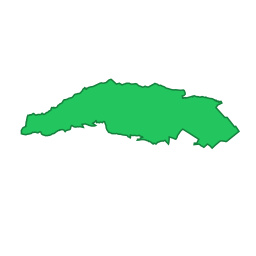 Cricau, Alba, Romania (Natural Earth projection), rotated 334°
{"feature_id": "2599482B70766951502977", "entity_name": "Cricau", "entity_type": "district", "adm_level": 2, "iso_a3": "ROU", "parent_name": "Romania", "parent_adm1": "Alba", "projection": "natural_earth1", "projection_center": [23.516, 46.19], "detail": "fine", "context": "isolated", "style": "filled", "palette": "green", "viewbox_px": 256, "rotation_deg": 334, "n_neighbors": 0, "source": "geoboundaries", "source_scale": "gbopen_adm2", "svg_char_len": 5747}
<svg xmlns="http://www.w3.org/2000/svg" viewBox="0 0 256 256"><g transform="rotate(334 128 128)"><path d="M48.6,73.5L47.0,73.8L46.3,73.5L46.3,73.4L45.4,73.1L45.2,73.3L44.7,73.1L44.3,73.2L43.6,72.7L42.0,74.2L41.8,74.7L40.6,76.1L40.6,76.5L39.8,77.2L39.8,77.4L39.2,77.9L39.2,78.3L38.6,78.7L38.5,79.1L37.9,79.9L37.9,80.4L37.7,80.6L37.2,80.9L37.0,81.3L37.0,81.6L36.8,81.8L36.5,81.9L35.2,81.7L33.8,81.8L33.2,82.0L31.3,83.3L30.8,83.8L30.4,85.1L30.0,85.6L29.7,86.4L30.6,87.2L30.9,87.7L31.9,88.2L32.6,88.9L33.8,89.4L34.6,89.4L36.4,90.0L37.6,90.2L38.7,90.5L39.0,90.5L40.2,90.0L41.2,90.6L41.8,90.8L42.6,90.9L42.9,91.1L44.3,92.5L44.8,92.8L45.2,92.9L47.0,92.7L47.4,92.9L47.7,93.1L47.9,93.7L47.7,95.1L47.8,95.7L48.4,96.7L48.9,97.0L49.2,97.5L49.7,97.8L50.4,98.7L50.9,98.8L52.6,99.7L53.3,99.7L54.2,100.1L56.1,100.3L57.6,100.0L58.6,100.4L59.1,100.5L59.9,100.4L61.0,100.1L63.0,99.9L63.3,99.7L64.6,99.8L64.9,100.0L65.2,99.8L65.6,100.0L65.9,99.8L66.2,100.1L66.5,100.0L67.2,100.2L67.5,100.4L68.6,100.8L68.8,101.0L69.5,101.7L69.6,102.7L69.9,103.7L71.0,103.2L72.9,103.4L74.9,103.9L75.8,103.6L77.4,101.6L78.5,101.1L78.8,101.4L80.1,103.4L80.4,103.5L80.9,103.9L81.5,104.3L83.2,104.7L84.0,105.3L85.3,105.6L88.2,107.9L88.3,104.6L91.2,105.5L93.3,107.4L93.8,108.2L96.4,110.4L99.0,111.5L100.1,111.6L98.3,108.3L99.8,108.1L101.3,108.0L101.8,107.7L102.0,107.5L102.4,107.3L102.5,107.3L102.6,107.7L102.4,108.6L102.2,109.2L102.3,109.6L103.2,109.6L103.4,109.7L103.7,109.9L104.0,110.3L104.4,110.7L104.7,110.8L104.9,110.8L105.1,110.5L105.8,110.5L106.1,110.7L107.0,111.6L107.2,112.0L109.1,111.5L109.6,112.0L109.7,112.5L109.4,114.0L109.4,115.5L108.9,117.3L108.5,118.2L108.4,118.7L108.3,120.9L108.5,121.4L108.6,122.8L108.7,123.3L109.0,123.7L109.4,123.9L110.5,125.0L110.7,125.6L111.3,126.1L114.2,127.6L115.5,128.0L116.5,129.2L118.1,130.2L119.2,130.7L119.6,131.4L120.3,131.9L123.1,133.7L123.7,134.2L124.1,134.6L124.2,135.8L124.4,136.1L124.7,136.4L125.0,136.5L125.4,137.2L125.5,137.6L125.8,137.9L126.1,137.5L126.7,136.2L126.9,135.4L127.3,135.5L127.9,136.2L129.5,137.1L130.3,137.3L131.1,137.7L131.8,138.4L133.3,139.2L134.1,139.4L134.6,139.4L134.9,139.5L135.2,140.3L136.9,142.1L137.1,142.5L137.1,142.8L136.2,142.5L134.7,142.5L134.7,143.0L134.2,143.2L133.4,143.2L132.8,143.0L132.0,142.3L131.8,142.3L131.8,142.5L131.6,142.7L131.1,143.0L132.7,143.7L133.8,143.9L136.1,144.8L137.4,145.6L138.5,146.4L139.5,147.6L140.7,148.6L140.7,149.2L141.6,149.7L142.3,150.5L142.7,151.8L143.1,152.2L143.2,152.7L143.6,153.4L143.8,153.4L144.2,153.0L145.3,153.7L145.9,154.5L146.2,154.7L147.3,154.3L147.6,154.0L148.9,153.9L149.4,154.1L151.8,154.2L152.9,154.7L153.6,154.9L154.1,155.3L155.9,155.3L156.1,155.7L156.1,156.4L156.6,158.0L156.9,158.7L157.1,159.2L157.1,159.7L157.3,160.2L158.3,159.0L159.8,156.6L161.1,154.1L164.1,156.9L165.6,158.7L166.1,159.0L166.7,158.7L168.1,157.7L169.0,156.7L169.9,156.0L171.1,155.4L173.9,153.8L176.7,153.0L180.5,159.0L184.6,165.8L185.4,167.0L186.6,169.2L183.1,171.8L181.0,170.7L180.1,171.9L182.9,172.9L184.2,173.4L184.6,173.7L185.3,174.4L185.8,175.8L187.0,177.4L187.7,178.6L192.3,177.3L193.5,179.2L193.8,179.8L194.8,183.0L198.8,181.7L204.8,180.2L205.8,180.3L206.5,180.6L209.3,182.4L210.0,183.1L210.7,183.3L226.3,179.7L225.5,173.7L224.2,173.6L221.7,161.9L219.6,160.9L216.0,148.2L218.4,146.9L218.4,146.7L223.3,146.7L223.3,145.0L223.1,145.0L222.7,144.8L222.3,144.8L222.2,144.6L222.2,144.4L221.1,144.7L221.1,144.4L220.7,144.3L220.9,143.4L220.7,143.2L220.4,143.1L220.2,143.4L219.7,142.8L219.5,142.2L219.2,142.6L219.0,142.4L218.9,141.8L218.3,141.4L218.5,141.1L218.3,140.7L218.0,140.6L217.1,139.3L216.3,138.4L214.3,137.2L213.2,136.2L212.2,135.5L211.7,134.8L211.6,134.4L211.4,134.3L210.7,134.4L210.0,133.8L209.8,133.7L209.1,133.0L209.1,132.8L208.3,132.2L207.6,132.2L207.2,132.0L206.9,132.2L205.9,131.7L205.3,131.0L204.9,130.7L204.7,130.5L204.3,130.3L204.0,130.4L203.5,130.1L203.3,129.8L203.0,129.5L202.7,129.1L201.8,128.5L201.7,128.1L201.0,128.0L200.4,128.2L200.2,127.9L199.8,128.2L199.6,127.7L199.3,127.6L198.3,127.5L195.3,126.9L195.1,127.0L194.9,126.8L194.1,126.7L193.3,126.2L193.0,126.3L192.9,126.3L192.9,126.0L192.5,126.0L192.1,125.6L191.6,125.4L190.9,125.4L190.9,125.1L190.2,125.0L190.5,123.9L191.0,122.9L191.8,123.3L192.5,123.3L194.2,122.7L194.7,121.5L194.9,119.7L194.9,119.0L194.4,118.5L194.5,118.2L191.6,117.1L187.7,114.6L187.1,114.3L186.5,114.2L184.6,113.1L182.7,111.5L181.1,109.9L180.1,109.3L179.6,108.6L178.9,107.3L178.3,106.5L177.3,105.6L176.1,103.9L174.2,103.2L173.8,101.8L172.3,100.4L171.7,99.7L169.9,99.9L168.5,99.9L164.4,100.1L164.1,100.1L162.7,99.1L161.7,97.9L160.3,98.0L159.0,97.7L157.5,95.9L156.3,94.9L155.9,94.1L155.2,92.3L154.3,91.5L151.7,90.7L149.7,89.7L148.8,88.4L145.9,87.0L145.6,87.1L145.1,87.1L143.1,86.7L142.1,86.7L141.8,86.7L141.3,86.4L141.0,86.0L141.0,85.6L140.4,85.0L139.9,84.0L136.8,83.4L134.6,77.8L134.1,76.8L132.6,76.6L131.7,76.6L129.1,77.3L128.9,77.6L127.4,77.4L125.1,76.8L123.9,75.8L122.6,75.5L114.6,75.4L112.5,74.7L110.2,74.3L108.8,74.5L107.8,74.9L107.0,74.3L106.7,73.9L107.2,73.6L106.8,73.4L106.9,73.0L106.8,72.8L106.4,73.0L104.6,73.4L103.3,74.4L101.0,75.4L100.1,75.6L99.6,75.7L98.1,75.1L96.5,74.9L95.7,74.6L94.9,74.5L94.5,74.6L92.8,75.4L91.6,76.0L89.8,75.9L89.7,75.8L88.0,75.4L87.0,75.4L86.3,75.6L83.7,75.0L83.1,74.6L81.6,75.2L80.4,76.1L80.0,76.3L79.4,76.5L78.3,76.6L77.5,76.5L75.7,77.0L74.9,77.0L74.6,77.3L73.6,78.1L71.6,78.0L70.4,77.6L70.6,77.2L70.0,76.8L69.5,76.8L68.4,76.2L68.2,76.7L67.6,76.7L67.0,77.4L67.0,77.7L66.6,78.0L65.8,78.2L64.9,78.2L64.4,78.1L64.1,78.4L61.9,78.7L61.5,78.4L59.0,79.1L58.3,78.9L58.0,78.7L57.7,78.2L57.8,78.0L57.8,77.8L57.7,77.5L57.4,77.2L57.0,77.1L56.3,77.5L55.9,77.6L54.4,77.3L54.0,76.8L52.7,76.3L51.3,76.2L51.0,76.0L50.6,75.9L50.2,75.2L49.6,73.6L48.6,73.6L48.6,73.5Z" fill="#22c55e" stroke="#15803d" stroke-width="1.5"/></g></svg>